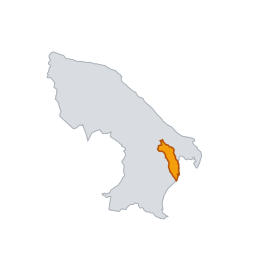 Amazonas on a map of Peru (Robinson projection), rotated 159°
{"feature_id": "PER-584", "entity_name": "Amazonas", "entity_type": "Department", "adm_level": 1, "iso_a3": "PER", "parent_name": "Peru", "parent_adm1": "", "projection": "robinson", "projection_center": [-78.131, -4.99], "detail": "fine", "context": "in_parent", "style": "filled", "palette": "amber", "viewbox_px": 256, "rotation_deg": 159, "n_neighbors": 0, "source": "natural_earth", "source_scale": "10m", "svg_char_len": 6333}
<svg xmlns="http://www.w3.org/2000/svg" viewBox="0 0 256 256"><g transform="rotate(159 128 128)"><path d="M175.9,75.0L175.8,75.7L175.0,76.0L174.3,75.5L173.3,75.7L171.7,74.1L168.0,74.3L166.4,76.2L163.9,76.6L161.2,77.5L158.1,77.9L153.3,80.9L152.2,82.1L150.1,83.9L148.3,84.5L147.4,89.9L145.7,93.1L145.0,94.9L145.9,97.5L145.9,98.8L144.9,99.9L144.1,100.0L142.5,101.1L140.0,103.5L139.6,105.4L140.4,107.9L140.1,108.1L138.1,108.6L138.1,110.0L137.7,110.5L139.4,112.4L140.4,112.9L140.4,113.4L140.3,113.9L139.9,114.1L139.8,114.6L141.1,116.0L142.0,118.9L143.7,120.4L143.8,121.3L144.3,122.2L145.2,122.9L147.4,125.9L147.4,127.2L145.1,130.3L148.8,130.3L152.9,131.4L153.5,131.9L154.0,133.3L154.0,134.2L154.9,135.0L154.8,136.7L160.2,136.7L163.6,136.3L169.3,131.0L170.2,130.6L169.7,131.7L169.7,132.6L170.0,133.5L169.3,134.7L169.2,147.4L170.2,146.7L171.5,147.9L172.5,148.0L175.6,146.6L179.2,146.8L187.4,163.4L186.7,164.5L186.7,165.4L185.7,166.1L184.6,167.4L184.5,174.0L183.6,176.0L184.1,177.0L184.6,179.1L185.3,180.4L185.5,181.2L185.4,181.5L184.2,182.2L184.2,183.4L182.1,185.8L181.7,187.4L180.9,187.9L180.7,189.7L182.6,192.6L181.3,194.4L180.2,196.9L182.0,202.4L182.8,203.1L183.6,203.1L184.9,203.6L185.5,204.4L184.0,205.4L183.7,205.9L183.8,207.6L182.1,209.0L179.8,212.4L179.2,212.6L178.1,213.6L177.9,214.1L178.1,214.6L179.0,215.6L179.1,216.9L177.5,218.4L176.4,218.6L175.9,219.0L176.4,221.1L176.3,222.1L176.0,223.2L175.2,224.4L172.8,225.6L170.6,225.9L166.9,222.7L165.7,221.4L162.1,218.8L161.5,216.0L160.3,214.6L158.1,213.6L156.3,212.2L154.9,211.5L151.6,208.3L148.6,207.3L143.0,204.0L139.9,202.9L136.0,199.8L133.9,199.0L132.2,197.6L127.1,194.5L126.3,193.5L125.5,192.0L124.4,191.1L123.1,189.0L121.2,187.8L119.4,186.2L117.1,181.8L116.1,180.8L116.0,178.8L115.3,177.9L116.4,177.3L117.1,174.2L116.7,172.7L114.1,168.5L113.6,166.8L111.7,163.6L111.0,161.7L109.5,160.3L108.9,159.1L108.0,158.7L108.0,157.2L107.4,154.4L106.5,153.0L103.5,150.4L103.2,147.5L102.5,145.6L98.3,137.6L95.9,129.9L93.8,125.6L93.0,123.2L92.9,121.8L91.4,119.6L90.5,117.5L87.1,113.5L85.1,109.0L84.8,107.7L83.5,105.3L81.3,102.1L80.2,100.8L73.6,96.9L70.5,94.5L70.1,93.2L70.2,92.5L70.9,91.8L71.9,92.4L72.4,92.2L72.9,91.3L72.9,90.0L72.3,88.2L70.2,84.9L70.8,83.5L68.6,79.6L69.1,75.9L69.6,75.0L72.8,71.2L73.7,69.6L75.0,68.6L76.4,67.1L78.1,65.9L78.6,66.3L79.1,68.3L79.0,69.7L79.5,71.2L78.3,72.5L77.1,72.2L76.6,72.6L76.4,73.2L76.6,74.2L76.9,74.7L77.9,74.7L76.6,76.7L76.7,77.1L77.6,77.4L78.4,76.9L79.3,75.8L79.9,75.6L83.1,77.6L84.6,77.3L85.8,78.2L85.9,79.6L87.5,82.4L89.9,83.1L90.3,82.8L90.9,81.8L91.4,81.6L91.5,80.1L93.6,78.5L93.9,77.4L93.6,76.6L93.7,76.0L94.9,72.3L95.3,72.0L95.6,70.8L96.1,70.1L96.8,66.0L97.4,66.0L97.9,67.0L98.6,66.8L98.2,65.8L98.3,65.5L100.7,62.3L101.4,61.6L112.5,57.1L118.1,52.5L123.0,46.1L124.5,39.6L125.1,40.0L126.0,39.9L125.7,37.3L126.0,36.0L125.9,35.6L124.4,34.1L123.8,32.4L122.4,31.4L122.5,31.0L123.9,31.4L125.2,31.2L126.3,30.1L127.1,30.2L128.9,31.7L130.3,31.8L130.7,32.9L132.0,33.7L133.9,35.9L134.7,38.3L134.7,38.8L135.5,40.1L137.3,40.7L139.1,42.5L141.0,43.1L141.8,44.7L142.4,45.2L142.6,46.1L142.3,47.2L142.6,47.8L144.0,48.8L145.2,48.8L145.4,49.3L146.1,52.0L145.6,53.3L145.8,54.1L147.4,54.7L147.8,55.3L149.0,55.4L150.8,54.8L153.0,55.7L154.6,55.4L155.4,55.2L156.2,54.6L156.9,54.6L158.6,52.9L159.0,52.7L160.9,53.5L162.4,54.7L164.3,54.4L165.1,53.7L166.4,53.3L168.9,54.7L169.5,55.4L170.1,55.6L172.8,57.0L173.3,57.6L174.7,58.1L175.0,58.6L174.9,59.1L168.6,70.1L170.6,71.0L172.3,70.5L173.3,71.2L174.0,73.0L175.4,74.2L175.9,75.0Z" fill="#d9dde1" stroke="#a8b0b8" stroke-width="1"/><path d="M97.9,67.2L98.1,67.1L98.4,66.9L98.5,66.9L98.6,66.7L98.6,66.4L98.5,66.2L98.3,66.1L98.2,65.9L98.2,65.7L98.3,65.5L98.7,65.2L98.8,65.0L99.1,64.4L99.2,64.2L99.7,63.8L100.6,62.4L101.3,61.7L101.5,61.6L101.9,61.4L102.0,62.6L102.2,63.4L102.3,63.6L102.3,64.5L102.4,64.8L102.8,65.8L103.1,66.5L103.2,66.9L103.3,67.9L103.5,68.5L103.5,68.8L103.5,69.1L103.5,69.4L103.5,69.7L103.5,69.9L103.6,70.1L104.0,70.9L104.1,71.0L104.2,71.4L104.3,72.1L104.4,72.4L104.4,72.5L104.5,72.7L104.5,72.8L104.3,73.1L104.2,73.5L104.1,75.4L104.2,76.1L104.1,76.8L104.0,77.2L104.0,77.4L103.8,77.8L103.5,78.5L103.2,79.0L102.9,79.4L102.7,79.7L102.5,80.0L102.3,80.6L102.2,81.0L102.2,81.6L102.2,81.8L102.2,82.0L102.3,82.5L102.5,83.1L102.6,84.6L102.8,85.6L103.5,87.3L103.1,87.6L102.8,88.1L102.8,88.4L102.8,88.5L102.9,89.6L102.9,90.0L102.7,90.4L102.8,90.9L103.7,92.8L103.9,93.4L104.1,93.8L104.3,93.9L104.5,94.1L104.9,94.2L106.1,94.6L106.6,94.8L106.9,95.0L107.1,95.1L107.3,95.4L107.5,95.8L107.6,96.1L107.7,96.3L107.9,97.1L108.0,97.5L107.7,97.8L106.9,98.6L106.7,98.9L106.6,99.0L106.4,99.5L106.3,100.0L106.1,100.2L105.9,100.3L105.3,100.5L105.1,100.5L104.9,100.4L104.7,100.4L104.2,100.5L104.0,100.4L103.8,100.4L103.7,100.3L103.4,100.1L103.2,100.0L102.7,100.1L102.7,100.3L102.5,100.8L102.5,101.4L102.4,102.4L102.2,103.4L102.1,103.7L102.1,103.9L102.2,104.1L102.3,104.2L102.3,104.3L102.5,104.5L102.0,104.6L101.8,104.5L101.5,104.4L101.3,104.4L101.1,104.4L100.9,104.4L100.7,104.5L100.3,104.6L100.2,104.7L100.0,104.4L100.0,104.2L99.9,103.9L99.9,103.7L100.0,103.4L100.0,103.2L99.9,103.1L99.8,102.9L99.9,102.7L100.0,102.7L100.0,102.2L99.9,102.0L99.8,101.8L99.3,100.8L98.9,99.6L98.6,99.2L98.5,98.9L98.4,98.8L98.3,98.7L97.8,98.5L97.6,98.2L97.0,97.9L96.8,97.6L96.4,96.7L96.1,96.1L95.9,95.6L95.6,95.3L95.2,95.0L95.0,94.7L94.8,94.7L94.7,94.7L94.4,94.6L94.2,94.5L94.2,94.4L94.1,94.2L93.4,93.3L93.4,93.2L93.2,92.8L93.2,92.7L92.9,92.2L92.8,91.8L92.8,91.6L92.8,91.4L92.9,91.2L93.0,91.2L93.2,90.9L93.1,90.7L93.2,90.4L93.3,90.3L93.5,90.0L93.5,89.9L94.0,89.1L94.2,88.8L94.3,88.6L94.3,88.4L94.3,88.1L94.4,87.1L94.2,86.0L94.2,85.7L94.0,85.1L94.0,84.9L93.9,84.7L94.0,84.5L94.0,84.3L94.2,83.5L94.3,83.4L94.5,83.3L94.5,83.1L94.6,82.9L94.6,82.6L94.6,82.0L94.5,81.9L94.4,81.6L94.2,81.3L94.0,80.8L93.9,79.9L93.5,79.1L93.4,78.7L93.6,78.5L93.7,78.4L93.7,78.2L93.7,77.9L93.8,77.7L94.0,77.3L94.1,77.1L93.8,77.0L93.7,76.8L93.6,76.4L93.6,76.0L93.7,75.7L93.9,75.6L94.0,75.4L94.1,74.9L94.6,73.5L94.7,73.1L94.7,72.4L94.8,72.3L94.9,72.1L95.0,72.1L95.3,72.0L95.4,71.9L95.5,71.1L95.5,70.9L95.6,70.7L95.8,70.5L96.1,70.2L96.1,69.3L96.1,69.2L96.3,69.0L96.3,68.9L96.3,68.7L96.3,68.3L96.3,68.1L96.3,67.9L96.5,67.5L96.5,67.4L96.6,67.0L96.7,66.5L96.7,66.4L96.7,66.2L96.8,65.9L97.1,65.9L97.5,66.0L97.7,66.3L97.8,67.0L97.9,67.2Z" fill="#f59e0b" stroke="#b45309" stroke-width="1.5"/></g></svg>